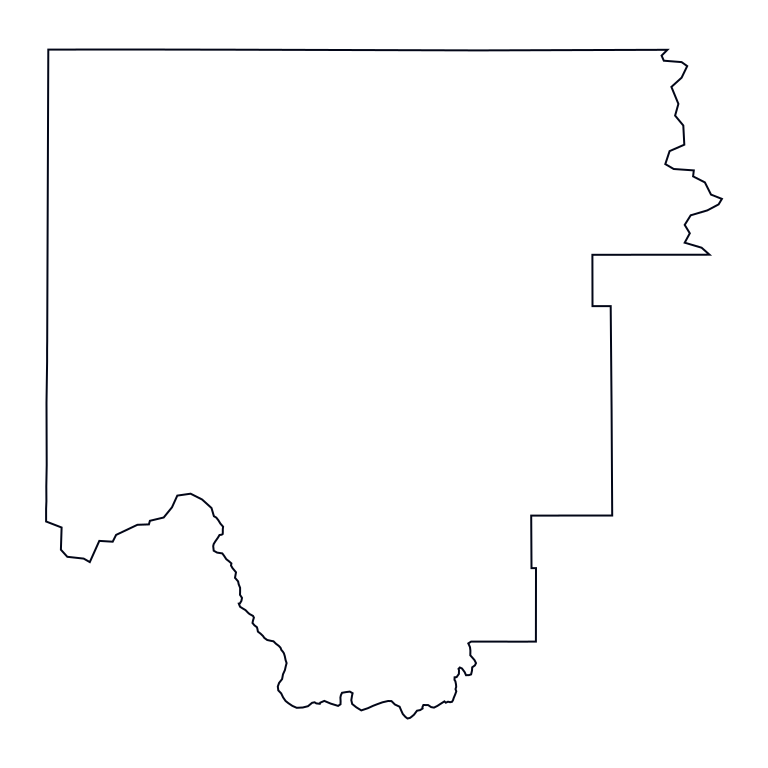 outline of Lincoln, Montana, United States of America
{"feature_id": "52423323B47513182951794", "entity_name": "Lincoln", "entity_type": "district", "adm_level": 2, "iso_a3": "USA", "parent_name": "United States of America", "parent_adm1": "Montana", "projection": "equal_earth", "projection_center": [-115.378, 48.446], "detail": "fine", "context": "isolated", "style": "outline", "palette": "ink", "viewbox_px": 768, "rotation_deg": 0, "n_neighbors": 0, "source": "geoboundaries", "source_scale": "gbopen_adm2", "svg_char_len": 2931}
<svg xmlns="http://www.w3.org/2000/svg" viewBox="0 0 768 768"><path d="M535.9,641.6L536.0,568.1L531.5,568.1L531.2,515.6L612.2,515.5L611.6,410.9L610.7,306.1L592.5,306.1L592.4,254.8L709.5,254.7L701.6,247.7L684.7,242.7L689.8,233.3L684.7,224.9L690.7,215.3L707.3,210.4L718.6,204.4L721.9,198.9L711.0,194.6L704.9,182.4L693.1,176.4L693.8,170.4L673.7,169.0L665.3,164.1L669.6,151.1L684.3,144.7L683.3,125.5L675.1,115.6L678.4,103.9L671.4,86.9L681.6,77.7L687.2,66.1L681.6,62.1L663.8,60.7L661.6,55.6L667.4,49.8L571.6,50.1L478.8,50.4L235.3,49.7L129.4,49.5L48.3,49.6L47.2,341.1L47.1,349.1L47.1,361.8L46.5,402.6L46.7,465.1L46.3,486.3L46.4,501.3L46.1,508.7L46.1,521.5L61.6,527.5L60.9,549.7L67.3,556.8L83.7,558.6L89.8,562.1L99.3,540.9L112.7,541.7L116.1,534.9L137.4,524.8L148.9,524.4L149.9,520.8L163.7,517.5L172.0,507.3L177.3,495.6L190.6,493.7L202.1,499.5L211.5,508.0L213.9,516.2L216.3,517.6L218.4,520.3L220.4,523.6L223.1,526.7L222.8,529.1L222.8,532.7L222.7,534.0L221.7,534.7L219.5,535.0L217.9,537.7L215.3,541.4L213.7,544.0L213.2,546.1L213.7,550.7L217.1,552.6L222.3,553.4L224.0,555.7L226.3,559.2L228.9,561.2L231.4,563.4L231.0,565.5L232.5,568.1L236.0,572.3L235.0,577.8L238.1,581.4L238.7,584.3L240.1,587.8L240.1,592.0L240.0,594.8L242.0,597.9L241.4,600.9L239.9,603.4L238.8,603.6L239.4,605.2L240.1,606.8L242.8,608.5L245.5,610.1L248.0,612.7L249.5,614.0L253.0,615.9L253.9,617.6L253.0,620.5L252.5,623.0L254.4,625.3L256.9,627.2L257.4,628.9L257.9,631.6L260.6,633.7L263.0,636.0L264.3,637.9L267.2,640.0L271.3,640.9L273.5,641.3L275.9,643.7L278.8,645.9L280.5,647.7L281.4,650.0L282.8,651.6L283.9,653.3L284.8,656.2L285.6,660.1L286.6,663.1L285.8,666.1L284.9,670.1L283.0,674.3L282.1,679.1L279.1,682.9L277.8,686.5L278.3,690.4L281.2,693.4L283.1,697.4L285.6,701.0L288.4,703.2L292.4,705.9L296.7,707.8L302.8,707.5L308.0,706.2L310.9,703.8L312.1,702.8L314.6,702.3L316.3,703.4L319.8,703.8L320.2,702.7L324.3,700.9L330.7,703.6L336.2,705.3L338.1,705.9L340.5,704.3L340.6,701.3L340.4,697.5L340.9,695.2L342.0,692.8L346.0,692.1L349.8,691.6L352.6,693.2L352.0,695.8L351.3,700.2L352.2,704.0L356.3,707.3L361.3,710.4L367.9,708.2L373.1,705.8L377.5,704.1L382.5,702.3L388.1,701.0L391.5,701.1L394.9,704.5L399.6,706.7L401.2,710.5L402.8,714.0L405.4,716.9L407.5,718.5L410.0,717.9L411.5,716.8L414.0,714.7L417.0,710.7L420.1,710.1L422.6,708.5L422.4,707.2L423.4,705.0L428.2,705.1L431.1,707.1L434.0,707.6L437.4,705.9L440.0,704.2L442.2,702.8L444.4,701.4L445.8,702.7L448.0,701.7L450.1,702.2L452.0,701.8L453.0,700.2L453.7,698.0L455.2,694.4L456.3,691.3L455.5,689.1L456.2,686.9L456.0,684.4L455.4,681.3L454.5,679.9L454.6,677.3L456.6,677.1L458.9,673.9L459.0,670.1L458.5,668.9L459.8,667.5L462.0,668.5L464.7,672.2L466.0,675.2L469.0,675.1L471.1,674.4L472.0,670.6L472.2,667.3L474.9,665.4L476.0,663.1L474.5,660.1L472.6,657.9L470.3,655.3L470.4,650.6L470.0,647.2L469.1,645.1L468.3,643.4L471.1,641.6L486.1,641.6L500.6,641.6L521.7,641.7L531.0,641.6L535.9,641.6Z" fill="none" stroke="#020617" stroke-width="2"/></svg>